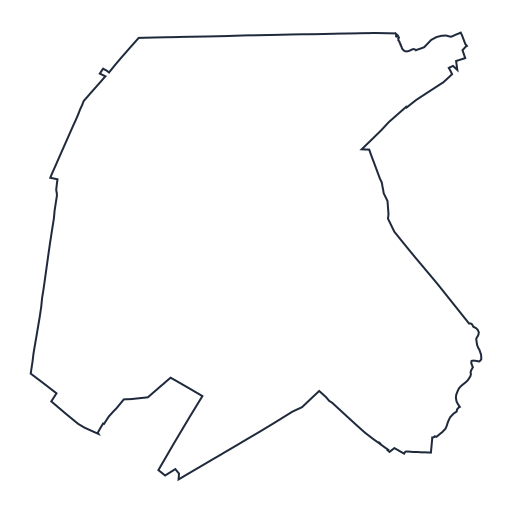 outline of Madona, Madona, Latvia
{"feature_id": "27541924B48569978533002", "entity_name": "Madona", "entity_type": "district", "adm_level": 2, "iso_a3": "LVA", "parent_name": "Latvia", "parent_adm1": "Madona", "projection": "albers", "projection_center": [26.232, 56.853], "detail": "fine", "context": "isolated", "style": "outline", "palette": "slate", "viewbox_px": 512, "rotation_deg": 0, "n_neighbors": 0, "source": "geoboundaries", "source_scale": "gbopen_adm2", "svg_char_len": 4328}
<svg xmlns="http://www.w3.org/2000/svg" viewBox="0 0 512 512"><path d="M122.1,56.7L114.7,65.4L109.0,72.5L106.8,70.7L103.1,68.7L102.5,69.5L99.8,73.6L105.4,76.3L101.3,81.0L90.5,93.2L87.4,96.8L84.2,100.4L84.0,100.6L83.8,100.9L83.0,102.7L82.3,104.7L80.1,109.4L78.2,114.4L75.6,120.4L73.1,125.8L58.0,160.0L54.9,167.1L51.5,174.7L50.3,177.8L53.8,178.5L57.5,179.3L56.8,184.3L56.8,184.8L56.4,187.9L56.2,189.9L56.3,190.4L56.6,192.2L56.8,192.9L56.9,195.4L56.9,195.9L56.8,196.4L55.7,203.5L54.6,210.6L53.9,218.4L53.8,219.0L52.1,229.6L50.5,240.1L50.4,240.4L50.4,240.6L50.3,241.0L50.3,241.3L50.2,241.9L50.1,242.5L48.6,252.9L48.1,256.5L44.5,282.3L43.5,289.4L42.1,298.0L41.2,307.0L39.7,317.0L37.1,332.3L36.6,335.4L34.5,347.5L33.5,353.5L32.5,361.8L30.7,373.6L38.5,379.5L43.0,382.9L56.5,393.3L51.3,401.4L64.8,412.9L78.2,423.9L84.6,427.7L94.8,432.3L98.5,433.9L97.8,432.7L99.6,429.4L102.2,425.0L102.7,424.2L103.1,423.5L103.6,423.7L104.0,423.9L106.4,420.2L108.8,416.5L113.6,411.2L116.4,408.4L123.8,399.4L125.3,399.3L131.0,399.1L147.9,397.3L155.0,391.1L155.7,390.5L157.0,389.4L160.4,386.4L163.9,383.5L164.5,382.9L165.2,382.3L170.6,377.7L172.7,378.9L174.9,380.1L183.4,385.0L191.9,389.9L194.4,391.4L198.0,393.5L199.9,394.6L202.4,396.1L200.5,399.2L197.5,404.1L190.1,416.2L174.2,442.9L158.4,470.1L165.1,475.5L175.3,469.1L179.0,473.6L178.7,478.0L178.6,479.4L180.3,478.4L188.2,473.7L203.6,464.7L211.7,459.9L221.7,454.1L224.7,452.3L237.0,445.1L245.9,439.8L258.7,432.3L272.8,423.8L292.5,411.6L295.5,410.2L302.0,407.2L313.0,396.8L319.2,391.0L326.0,397.1L329.2,400.9L332.2,402.8L347.5,416.9L355.6,424.3L361.6,429.7L365.0,432.7L373.7,439.4L378.7,442.9L379.0,442.5L380.3,443.5L380.1,444.0L385.1,447.6L388.1,449.7L387.6,450.2L389.5,451.9L394.4,448.1L402.8,452.9L404.1,453.6L404.4,452.9L404.9,452.3L405.5,451.7L406.3,451.5L407.7,451.5L411.1,451.8L413.7,452.0L417.8,452.0L420.7,452.3L424.0,452.3L430.9,452.6L431.0,451.6L431.2,449.5L431.4,447.4L431.8,443.1L432.2,438.8L432.2,437.5L432.7,437.5L434.5,436.9L434.5,436.5L434.9,436.3L435.4,436.5L436.5,436.8L440.6,433.4L442.2,432.2L442.8,431.5L445.5,428.7L446.6,426.2L447.3,424.0L448.0,421.8L450.1,417.3L453.6,413.6L456.7,411.5L457.0,409.5L458.8,407.4L459.8,406.9L458.7,405.3L457.8,403.9L456.5,401.3L455.9,397.8L456.2,394.8L457.4,391.7L458.8,388.6L460.4,386.7L462.1,385.1L465.2,382.7L467.5,380.6L468.8,378.8L470.3,376.4L470.9,374.3L470.6,372.1L471.1,370.4L472.3,368.3L472.9,367.2L472.3,366.0L471.2,362.9L471.6,360.9L473.1,360.6L475.6,360.8L479.1,361.5L480.4,360.5L481.3,359.1L481.1,354.8L480.1,351.9L479.4,349.8L478.3,348.0L477.2,345.3L476.6,342.0L476.6,341.5L476.2,339.1L476.7,337.7L477.8,336.0L478.5,334.4L478.8,332.3L477.8,330.0L476.4,328.4L474.2,327.1L473.7,327.1L473.1,326.4L472.6,325.3L472.3,324.8L471.7,324.0L470.4,323.4L469.1,323.6L437.2,283.6L420.0,263.1L415.7,258.0L415.6,257.9L408.2,248.9L401.0,240.0L394.3,231.7L388.0,218.7L388.1,218.2L388.1,217.6L388.3,216.0L388.5,214.4L387.5,201.0L383.7,193.3L383.4,191.4L382.9,188.5L382.7,187.7L382.0,183.7L381.7,182.3L380.3,179.5L379.7,178.1L379.2,176.7L375.0,165.4L370.8,154.2L370.0,151.9L369.2,149.6L365.4,149.5L361.7,149.3L381.2,130.3L388.9,122.0L406.2,106.8L406.6,107.5L416.4,99.8L429.1,91.5L441.9,83.2L442.4,82.9L442.9,82.7L447.5,78.5L452.1,74.2L450.5,71.0L448.8,67.9L450.9,66.9L453.0,65.9L457.3,69.9L456.1,61.0L465.2,58.1L462.5,50.2L466.0,46.4L466.9,45.9L465.3,44.0L462.1,35.5L460.7,32.6L458.5,33.6L456.2,34.5L454.8,35.1L453.4,35.8L450.9,36.8L445.9,35.5L441.4,35.8L436.6,37.0L431.2,39.9L424.2,47.2L421.9,48.1L416.3,50.0L416.0,50.2L415.9,50.0L415.5,49.8L414.9,49.5L414.1,49.2L413.5,49.1L412.5,49.3L409.5,50.7L407.7,51.3L406.4,51.4L405.0,51.2L404.1,50.7L403.0,49.7L402.4,49.0L402.0,48.3L401.7,47.4L401.4,46.5L400.8,45.4L400.5,44.9L400.7,44.6L400.3,43.7L399.7,43.0L399.6,42.0L399.1,41.2L398.3,40.2L398.5,38.9L398.2,38.3L398.9,37.6L397.9,35.7L396.8,35.6L396.7,36.4L396.3,36.6L396.1,36.4L396.1,35.2L396.9,34.7L396.1,34.0L395.4,33.2L395.0,33.4L375.7,33.0L372.8,33.0L369.9,33.1L362.1,33.2L354.3,33.4L346.6,33.5L338.8,33.6L335.9,33.7L315.2,34.2L301.0,34.3L294.8,34.4L274.7,34.9L259.2,35.2L254.5,35.3L250.1,35.3L245.4,35.4L224.9,36.1L206.3,36.5L203.9,36.5L200.3,36.6L193.6,36.7L181.9,36.9L179.2,37.0L175.2,37.1L171.1,37.2L170.8,37.2L170.7,37.2L169.8,37.2L169.0,37.2L168.6,37.2L154.3,37.5L138.7,37.9L130.7,46.9L122.1,56.7Z" fill="none" stroke="#1e293b" stroke-width="2"/></svg>